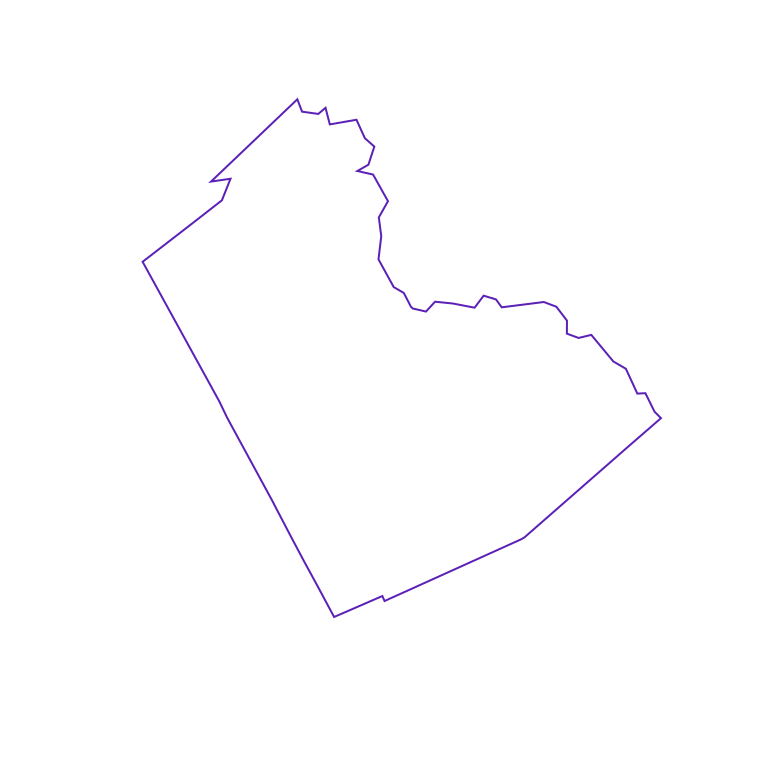 outline of Travis, Texas, United States of America, rotated 22°
{"feature_id": "52423323B39349585413380", "entity_name": "Travis", "entity_type": "district", "adm_level": 2, "iso_a3": "USA", "parent_name": "United States of America", "parent_adm1": "Texas", "projection": "mercator", "projection_center": [-97.765, 30.326], "detail": "fine", "context": "isolated", "style": "outline", "palette": "violet", "viewbox_px": 768, "rotation_deg": 22, "n_neighbors": 0, "source": "geoboundaries", "source_scale": "gbopen_adm2", "svg_char_len": 873}
<svg xmlns="http://www.w3.org/2000/svg" viewBox="0 0 768 768"><g transform="rotate(22 384 384)"><path d="M114.4,361.1L237.8,461.8L251.3,474.1L326.3,535.9L326.3,536.0L356.0,561.3L377.2,579.1L397.3,595.6L425.0,618.7L461.9,581.2L465.8,585.0L569.7,476.2L571.9,473.3L571.9,473.2L575.2,466.6L633.1,352.1L653.6,311.9L645.3,308.4L629.8,294.6L622.5,298.0L602.6,279.3L588.2,277.2L557.8,260.8L547.2,268.4L534.7,268.8L529.9,256.7L514.9,247.8L501.5,248.1L464.4,268.8L456.1,263.6L443.3,264.8L439.4,279.3L417.6,283.6L400.5,288.6L395.8,301.1L382.5,303.2L380.2,302.4L368.3,292.2L356.7,290.5L332.2,270.5L326.1,248.0L316.8,231.5L319.2,213.0L295.4,193.9L279.5,196.5L287.4,186.5L286.1,167.5L274.2,163.3L259.5,149.3L236.5,163.6L226.3,149.8L221.9,158.2L206.0,162.2L197.0,152.5L147.8,261.1L164.8,251.2L164.9,274.4L146.2,306.7L114.4,361.1Z" fill="none" stroke="#5b21b6" stroke-width="2"/></g></svg>